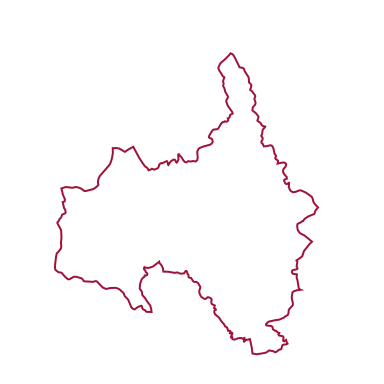 the district of Yen Bai, Yên Bái, Vietnam, rotated 13°
{"feature_id": "81297802B89523168412992", "entity_name": "Yen Bai", "entity_type": "district", "adm_level": 2, "iso_a3": "VNM", "parent_name": "Vietnam", "parent_adm1": "Yên Bái", "projection": "mercator", "projection_center": [104.898, 21.722], "detail": "fine", "context": "isolated", "style": "outline", "palette": "rose", "viewbox_px": 384, "rotation_deg": 13, "n_neighbors": 0, "source": "geoboundaries", "source_scale": "gbopen_adm2", "svg_char_len": 6051}
<svg xmlns="http://www.w3.org/2000/svg" viewBox="0 0 384 384"><g transform="rotate(13 192 192)"><path d="M319.2,318.3L318.3,317.4L316.9,315.0L315.4,316.7L314.5,316.6L314.2,315.9L313.9,313.1L313.2,312.3L312.7,312.1L308.9,312.2L308.3,311.4L308.8,309.7L307.0,309.5L305.0,308.3L303.9,308.5L302.0,307.7L301.6,307.3L300.7,305.3L300.1,304.9L298.5,304.8L294.5,305.3L294.0,304.7L294.0,303.8L295.0,302.1L296.0,301.0L301.9,298.2L305.8,296.7L309.7,293.8L310.9,292.2L312.9,290.4L313.3,288.8L312.8,284.8L315.6,279.9L315.6,278.8L314.9,276.6L313.6,274.3L312.8,271.9L312.5,267.2L313.7,265.7L316.2,264.2L319.8,262.8L318.6,262.6L317.5,261.4L314.6,254.2L313.4,252.3L312.9,250.5L312.9,249.0L312.4,248.5L310.1,249.0L308.5,248.9L307.5,248.0L307.2,247.0L307.3,246.2L308.0,245.3L311.6,243.7L311.9,243.2L311.9,242.5L310.6,240.8L310.4,236.3L309.2,235.2L313.2,230.8L313.9,229.5L314.4,224.3L318.3,216.1L320.1,213.4L312.1,209.4L310.5,208.8L307.6,208.2L306.0,207.5L304.5,206.2L303.4,204.9L302.2,201.7L301.9,199.8L302.3,199.1L305.2,196.8L305.4,196.2L306.9,195.2L307.0,194.3L308.4,192.1L311.0,189.5L316.2,185.8L316.3,183.4L316.7,181.8L318.3,178.7L315.7,177.1L313.4,175.2L312.4,174.0L310.8,170.9L309.7,169.7L303.2,167.0L297.6,165.9L296.5,166.2L292.5,168.8L290.3,169.5L287.8,168.7L286.2,167.0L285.1,164.9L284.6,161.3L284.2,161.2L283.1,162.6L282.4,163.1L281.1,162.7L279.4,160.7L279.1,159.8L279.3,159.1L281.4,157.7L281.0,156.2L278.1,154.1L276.3,152.1L275.9,150.6L276.1,148.8L277.4,146.4L277.6,144.8L277.5,143.7L276.6,142.9L275.0,142.6L273.4,143.0L269.0,145.1L268.9,142.4L268.4,141.9L266.0,140.9L265.5,140.4L265.8,137.9L263.7,136.0L261.7,131.5L259.9,129.3L259.3,128.9L257.9,128.8L254.0,130.7L251.7,131.4L250.4,129.5L248.7,128.4L248.3,127.7L248.3,127.2L248.9,125.3L248.9,124.2L248.5,123.3L246.8,121.7L247.3,120.0L246.9,116.0L247.1,115.0L248.5,112.6L248.6,111.8L246.2,111.8L244.9,111.1L243.2,109.3L239.7,107.9L239.9,104.2L239.7,103.4L236.3,100.7L234.4,99.8L233.5,99.6L232.4,98.7L232.2,96.0L233.9,92.6L233.9,91.1L233.7,90.4L231.9,87.5L232.1,84.3L231.1,83.1L227.7,80.2L225.8,79.6L225.6,78.7L225.9,77.7L225.9,75.0L225.6,74.3L224.5,73.3L222.9,72.4L222.0,69.0L221.0,67.1L216.2,62.5L214.7,60.1L213.3,59.7L210.3,59.8L203.7,51.6L201.0,48.8L198.3,48.2L197.1,50.8L194.3,55.3L191.2,59.4L190.6,60.5L189.7,64.6L189.8,65.4L191.3,67.6L194.7,70.8L195.8,72.2L197.7,72.9L197.3,77.0L198.4,79.2L198.5,81.7L200.3,83.8L201.9,86.9L205.5,90.8L205.7,92.0L204.9,94.5L205.0,96.1L206.9,99.2L208.2,100.6L213.2,105.0L214.0,106.5L211.9,108.2L211.7,108.9L211.9,110.6L211.4,111.4L210.3,112.2L211.2,113.7L210.8,114.9L210.0,115.7L207.9,115.8L207.6,116.1L207.3,116.8L206.2,117.0L205.1,118.5L203.2,124.5L202.3,125.2L199.0,126.3L198.4,126.9L197.5,128.9L196.1,133.3L196.2,135.0L197.4,135.5L199.0,135.6L199.8,136.1L200.9,138.2L200.8,139.1L200.1,140.7L198.9,141.9L193.0,145.0L189.4,147.5L188.6,148.8L188.0,151.6L189.9,157.5L189.9,159.9L189.3,160.7L188.5,161.5L186.0,161.6L183.6,162.7L181.6,162.7L179.9,164.3L178.8,164.5L178.1,164.3L176.6,163.2L173.6,160.2L172.3,159.6L170.7,158.1L170.2,158.4L170.2,159.1L171.5,163.2L170.8,166.5L170.6,166.8L169.5,166.3L168.5,164.8L167.9,164.4L167.3,164.4L166.5,164.8L164.4,166.9L162.9,171.0L162.4,170.7L161.8,168.8L160.6,167.6L160.0,167.9L156.5,170.7L155.5,170.7L154.7,171.5L154.0,172.6L153.7,175.8L153.1,176.7L150.2,178.7L147.7,178.4L146.5,179.6L144.8,180.6L143.7,179.2L142.1,178.2L140.4,177.6L137.1,174.7L133.0,170.7L124.6,161.2L120.2,165.1L117.6,168.0L111.2,166.0L108.5,166.2L104.9,167.1L106.1,171.7L106.4,176.2L106.3,179.9L105.9,182.7L105.1,184.9L98.6,197.1L97.9,200.1L98.0,202.9L98.6,205.0L99.2,206.0L98.0,208.2L96.4,210.2L94.8,211.6L88.3,214.9L86.8,215.2L83.4,213.7L80.9,213.2L78.8,213.2L77.2,213.4L75.6,214.4L73.8,214.9L68.0,215.5L63.9,217.9L65.4,220.6L66.5,223.2L69.8,227.7L70.0,229.9L68.3,230.9L70.8,236.2L72.6,238.1L73.4,240.1L73.4,241.1L70.5,243.4L70.2,246.3L69.0,248.2L68.4,251.0L67.8,251.5L67.7,251.9L68.0,252.9L72.5,257.9L73.3,259.4L75.1,265.9L75.7,270.7L77.0,274.9L77.0,276.5L75.1,280.7L74.0,282.2L74.1,285.8L74.9,293.1L75.6,297.2L76.8,298.8L79.9,300.2L82.1,300.0L83.2,300.1L87.0,302.9L90.6,304.9L91.4,304.9L92.5,304.4L95.7,301.3L98.3,300.6L103.9,301.0L104.9,301.5L106.6,303.2L107.7,303.2L115.8,301.8L117.9,300.6L119.4,300.5L126.5,305.1L129.3,305.7L130.6,305.6L134.1,303.9L137.0,303.1L138.9,302.6L141.5,302.7L143.5,303.3L148.1,305.9L149.9,308.6L153.4,310.8L154.5,311.9L158.9,318.1L160.4,318.9L161.6,319.3L162.6,319.2L164.8,316.6L166.6,315.2L168.3,314.2L168.8,314.6L169.8,316.5L170.7,317.4L172.7,317.7L174.5,319.0L179.6,318.0L178.3,314.6L176.8,312.0L172.8,308.6L170.1,305.9L166.8,303.6L165.8,300.8L164.9,299.7L163.2,298.4L162.7,297.6L162.1,293.0L162.6,288.7L163.5,286.5L164.8,285.3L164.6,283.9L166.4,283.5L166.8,283.2L166.9,282.4L166.9,281.8L166.3,281.0L165.3,280.6L164.7,280.1L164.1,279.0L162.5,277.9L162.4,276.2L162.6,275.9L163.3,276.3L166.5,275.8L168.4,274.9L170.7,273.4L175.7,267.3L176.1,268.3L178.9,270.4L180.8,272.8L182.0,276.0L187.0,275.0L193.3,274.7L196.0,273.6L198.3,274.2L200.2,273.9L202.5,273.1L203.6,270.4L204.3,270.2L204.9,270.6L206.1,272.8L207.3,273.7L207.7,275.6L208.4,276.1L210.5,276.0L213.2,278.7L214.0,279.1L216.6,278.7L217.7,279.0L218.9,279.8L219.6,280.8L221.2,282.2L221.6,283.2L221.3,286.4L221.6,287.9L222.3,289.3L223.6,291.1L225.1,292.3L227.9,293.3L229.3,293.1L231.1,290.9L233.3,291.0L234.7,291.6L235.3,292.3L235.6,295.2L236.1,296.2L236.7,296.8L239.7,297.4L239.7,300.2L240.7,300.4L241.7,301.1L241.7,301.5L240.7,302.2L240.5,303.0L240.8,304.2L241.9,305.9L246.6,308.3L249.9,311.5L253.1,313.8L254.6,315.6L256.1,315.9L257.2,316.8L258.3,319.1L260.2,318.7L260.7,319.0L260.6,321.1L261.4,321.1L262.3,320.1L263.0,320.3L263.2,321.5L262.5,324.6L262.8,324.9L263.3,324.4L263.8,324.3L264.5,326.3L266.6,326.3L269.4,324.4L271.5,323.5L273.2,323.2L274.1,323.7L276.0,322.4L276.2,322.7L276.0,325.8L276.4,326.1L278.1,323.8L279.5,323.4L281.5,322.3L285.2,330.1L287.3,335.8L291.3,335.6L296.9,333.4L300.5,331.7L302.8,329.0L307.0,328.9L309.3,329.4L310.6,328.3L312.3,326.1L314.3,325.1L314.5,321.0L316.0,319.9L317.9,319.4L319.2,318.3Z" fill="none" stroke="#9f1239" stroke-width="2"/></g></svg>